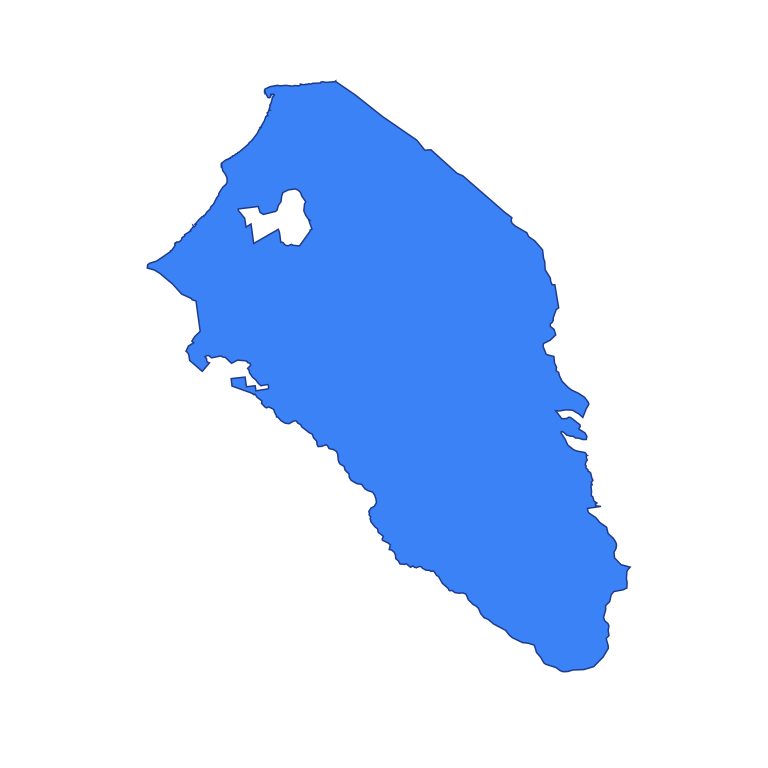 outline of Asahan, Sumatera Utara, Indonesia, rotated 262°
{"feature_id": "22746128B26461090721788", "entity_name": "Asahan", "entity_type": "district", "adm_level": 2, "iso_a3": "IDN", "parent_name": "Indonesia", "parent_adm1": "Sumatera Utara", "projection": "orthographic", "projection_center": [99.752, 2.847], "detail": "fine", "context": "isolated", "style": "filled", "palette": "blue", "viewbox_px": 768, "rotation_deg": 262, "n_neighbors": 0, "source": "geoboundaries", "source_scale": "gbopen_adm2", "svg_char_len": 6158}
<svg xmlns="http://www.w3.org/2000/svg" viewBox="0 0 768 768"><g transform="rotate(262 384 384)"><path d="M690.8,378.3L690.2,377.2L690.8,368.4L691.9,365.1L691.8,363.6L690.9,362.8L691.7,355.0L691.1,353.7L691.8,351.0L691.2,348.8L691.8,348.3L691.4,346.6L692.6,343.0L691.6,343.1L691.1,340.7L692.0,337.4L691.7,334.6L693.4,328.6L693.7,322.7L694.6,320.0L694.3,312.4L692.6,307.2L691.0,306.4L690.4,307.0L689.8,306.4L689.5,306.9L688.2,306.5L688.3,307.2L683.8,309.0L683.4,310.4L684.0,311.5L686.1,312.3L687.4,312.0L685.9,313.0L686.5,315.0L685.9,315.6L685.1,315.5L683.5,313.5L678.0,311.3L676.0,309.7L675.4,310.1L671.9,308.4L671.1,309.4L670.7,307.8L668.8,306.7L668.8,306.1L666.7,306.2L666.2,305.6L665.8,306.0L665.3,304.2L661.5,302.3L655.9,298.0L655.2,298.1L655.2,297.0L654.6,297.4L653.3,295.6L649.9,293.5L643.5,287.0L643.8,286.3L643.3,286.7L641.4,283.7L640.3,283.0L633.7,272.6L633.6,271.5L632.8,271.0L632.2,268.9L631.2,267.7L630.9,265.7L630.2,265.5L629.7,263.4L629.0,263.3L628.8,261.3L628.0,260.8L628.3,259.8L627.7,258.1L625.2,253.8L624.4,253.3L623.4,253.8L622.7,253.1L622.0,253.7L621.3,253.1L620.3,253.9L617.6,254.0L613.8,256.1L610.2,257.2L605.9,256.8L603.9,255.5L601.4,251.9L597.4,248.3L595.7,247.0L593.9,246.6L591.9,244.4L585.7,240.1L583.4,237.0L581.3,236.2L579.2,232.8L576.3,230.3L575.9,229.0L575.0,228.7L575.1,227.3L572.6,223.8L569.5,220.3L568.6,220.4L569.0,219.7L568.5,218.9L568.0,219.8L566.3,218.6L566.2,217.8L567.3,217.0L566.2,217.1L563.2,213.6L562.5,213.9L559.6,207.3L558.4,207.3L557.1,204.4L555.0,203.6L554.0,202.3L553.1,200.1L553.5,198.5L552.7,196.8L552.0,197.0L551.7,196.2L550.3,196.5L545.9,192.4L545.7,191.2L545.0,191.2L537.4,176.1L536.2,168.7L535.0,166.6L531.8,165.7L528.9,172.4L524.8,177.4L512.1,188.8L501.2,196.1L495.4,205.2L494.2,205.6L492.4,209.4L461.8,209.3L457.2,203.1L454.7,200.9L453.1,199.7L451.3,201.3L448.9,195.7L444.0,192.5L442.2,194.1L440.0,194.8L434.4,194.8L421.8,205.8L429.2,214.1L430.6,211.7L433.7,211.8L436.1,210.5L436.7,212.8L436.7,214.2L433.9,216.9L434.5,226.5L433.1,228.1L432.4,230.6L425.7,235.9L428.0,242.3L426.3,250.0L425.5,251.4L424.2,251.9L423.3,254.0L421.0,254.6L418.5,251.1L416.2,252.3L413.8,252.4L408.9,254.8L406.1,257.5L402.3,259.5L399.4,261.9L399.7,268.5L399.1,269.2L396.5,269.3L395.3,268.4L395.1,256.2L400.2,256.2L400.4,247.4L410.2,247.4L410.6,233.4L403.1,233.2L393.5,251.5L391.5,253.7L392.1,254.2L391.5,255.2L388.4,256.5L384.4,260.7L381.9,260.0L377.9,262.8L376.7,264.4L377.4,266.5L374.9,270.4L373.2,271.6L371.5,271.6L367.7,273.1L366.5,272.9L365.8,274.4L362.0,276.9L359.0,280.6L357.9,284.4L359.7,289.0L360.0,291.0L359.5,292.1L357.3,293.1L355.4,295.8L353.2,296.5L346.4,302.9L344.4,305.9L340.4,306.8L336.8,309.4L333.3,309.3L331.2,310.0L330.9,313.4L331.9,318.3L331.0,319.4L327.7,320.6L326.1,324.9L323.8,327.6L320.9,328.4L315.1,328.1L312.4,328.6L310.8,329.4L308.0,333.0L304.0,333.5L299.9,336.8L296.5,336.6L293.1,338.1L289.1,343.2L287.8,347.8L283.0,350.4L280.8,353.0L278.4,357.8L274.9,359.4L270.7,360.1L267.4,359.9L264.2,357.4L263.0,353.9L259.6,351.1L258.3,351.7L256.6,351.0L254.5,352.3L252.6,351.5L249.4,351.9L244.0,355.0L241.4,357.5L237.9,357.6L233.3,362.2L230.7,360.6L229.4,360.8L226.1,365.8L223.9,367.9L219.4,366.1L218.5,368.5L215.9,370.7L213.4,371.5L209.3,371.4L207.0,373.5L203.6,374.8L202.6,378.5L202.8,381.2L198.8,384.7L199.8,387.3L198.3,388.7L197.5,390.6L198.4,393.6L198.1,395.1L196.1,396.6L193.8,399.6L193.2,402.9L192.0,404.4L191.9,407.2L187.0,409.5L186.0,411.1L178.4,414.1L172.8,419.0L170.6,419.7L170.1,420.4L170.1,422.6L167.5,425.3L166.4,429.2L166.2,432.8L164.6,435.9L158.6,437.5L153.2,441.6L151.4,444.2L148.5,446.4L143.2,447.8L138.7,450.5L136.6,454.2L130.9,459.4L123.2,470.1L117.8,473.2L114.9,475.8L108.6,485.3L107.3,490.6L104.8,495.9L103.6,496.7L96.9,497.7L91.4,501.2L85.6,503.5L84.0,505.1L79.3,514.8L75.5,518.7L74.1,521.5L73.7,526.2L74.5,531.1L73.4,542.2L74.9,552.3L83.2,563.0L91.1,569.4L93.3,569.6L101.0,568.6L103.6,571.8L108.8,571.7L113.3,573.1L115.6,572.4L118.7,569.7L122.3,568.9L129.5,572.1L133.7,572.6L137.1,577.2L143.8,579.7L146.5,582.8L146.9,592.1L148.2,596.1L153.6,597.1L157.7,597.0L164.3,598.4L166.1,599.5L168.4,602.3L172.1,593.6L179.7,588.1L185.3,588.3L188.7,590.8L191.5,591.7L193.8,591.8L196.6,590.9L199.4,589.5L204.8,585.1L211.2,584.5L216.7,578.5L222.3,575.1L227.6,569.1L229.3,568.2L232.5,568.3L232.6,581.8L233.9,576.6L235.9,576.6L235.9,577.9L236.6,578.3L238.7,575.7L243.3,575.0L244.6,573.7L248.7,574.6L254.9,574.8L255.2,576.2L257.4,575.4L259.6,577.5L262.1,576.7L267.0,576.3L268.6,575.1L269.1,573.9L270.4,574.1L273.0,572.2L274.7,572.8L276.2,572.0L279.5,573.5L280.3,574.7L282.9,574.1L284.6,574.5L285.0,575.3L285.3,574.5L287.0,574.4L288.2,573.4L290.9,565.4L292.5,562.7L297.9,557.5L304.3,555.6L310.9,552.5L312.0,552.8L312.0,554.0L310.7,555.7L308.1,557.7L306.4,561.3L306.0,563.9L303.8,566.3L303.4,569.0L301.3,573.2L300.9,576.6L303.9,577.6L307.6,576.2L312.2,570.8L312.8,570.7L314.4,572.3L316.3,572.4L324.9,564.1L325.4,562.2L324.5,560.5L324.5,557.1L325.1,555.1L333.7,550.3L332.9,553.6L333.1,560.5L331.9,566.9L327.0,573.1L323.2,576.2L331.6,581.0L335.5,584.1L338.0,583.5L343.1,580.6L347.8,575.2L351.9,568.9L354.7,566.1L361.7,560.8L367.6,558.9L371.0,558.6L373.4,556.2L376.6,557.2L381.0,555.8L387.6,556.1L390.7,548.8L399.3,546.7L401.9,547.7L404.2,554.6L408.7,560.9L414.4,560.0L417.9,556.7L420.3,557.0L421.6,559.1L423.6,560.5L426.0,560.8L433.8,564.9L435.1,567.6L458.5,567.0L458.8,564.3L462.4,563.4L465.9,563.4L474.8,559.5L482.9,560.2L486.0,559.5L494.7,559.7L504.9,553.1L509.7,547.8L513.9,546.5L522.2,535.9L525.4,533.2L528.2,532.6L530.9,533.8L537.2,527.5L579.2,491.0L582.5,485.6L609.5,463.0L609.8,457.0L620.9,450.4L649.0,419.8L673.9,396.1L690.3,378.2L690.8,378.3ZM567.6,269.1L576.1,263.9L577.6,264.1L577.3,284.2L571.3,285.1L568.7,288.1L570.0,300.6L571.3,302.5L575.4,304.1L578.8,307.3L585.1,309.1L587.7,310.7L589.5,316.3L589.5,323.3L587.9,325.9L585.1,328.1L581.6,328.7L575.3,331.9L573.5,330.4L566.7,328.7L561.8,330.0L557.5,332.2L556.6,333.4L556.4,332.4L547.4,334.2L546.8,332.3L545.6,332.1L532.5,319.5L534.1,312.9L535.2,311.8L534.3,308.7L534.5,307.2L535.2,305.6L538.4,303.4L538.9,301.5L548.3,301.6L551.9,300.9L541.3,274.5L561.0,274.6L558.6,269.2L567.6,269.1Z" fill="#3b82f6" stroke="#1e3a8a" stroke-width="1.5"/></g></svg>